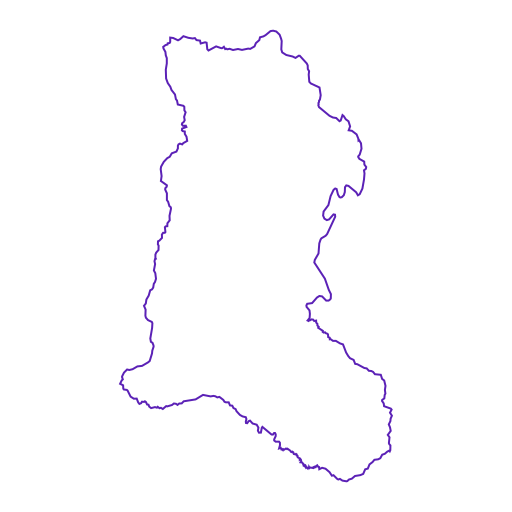 Chom Thong, Chiang Mai, Thailand (Equal Earth projection)
{"feature_id": "78962969B36039472825414", "entity_name": "Chom Thong", "entity_type": "district", "adm_level": 2, "iso_a3": "THA", "parent_name": "Thailand", "parent_adm1": "Chiang Mai", "projection": "equal_earth", "projection_center": [98.623, 18.375], "detail": "fine", "context": "isolated", "style": "outline", "palette": "violet", "viewbox_px": 512, "rotation_deg": 0, "n_neighbors": 0, "source": "geoboundaries", "source_scale": "gbopen_adm2", "svg_char_len": 6052}
<svg xmlns="http://www.w3.org/2000/svg" viewBox="0 0 512 512"><path d="M318.5,253.5L319.3,243.3L320.6,239.5L321.4,238.3L325.6,235.8L327.1,234.1L335.2,216.7L335.0,214.7L333.5,214.4L329.1,219.4L326.8,220.1L324.4,218.6L323.1,215.6L323.6,211.5L328.4,205.1L330.6,196.1L333.6,189.8L335.2,188.5L336.6,189.0L338.0,194.6L339.5,197.1L340.4,197.5L341.8,197.2L343.8,195.2L344.8,192.1L345.0,187.2L346.3,185.4L348.5,185.9L356.2,192.3L357.9,195.3L359.7,194.2L362.4,188.6L364.0,179.5L364.5,173.5L364.0,170.3L365.9,168.8L366.2,167.0L364.4,164.6L364.2,161.6L359.4,158.9L358.3,157.2L358.2,156.4L359.7,154.6L361.5,148.7L361.0,143.3L359.1,140.2L358.5,140.6L358.3,138.6L356.6,134.4L351.9,130.8L348.7,130.3L350.1,126.4L348.5,121.3L345.8,119.3L343.7,116.1L342.5,115.1L340.7,120.5L339.5,121.2L336.2,118.0L332.9,117.5L329.5,115.8L319.0,107.1L318.3,105.1L318.7,104.2L318.4,103.1L319.0,102.0L319.1,100.5L319.9,99.7L320.7,95.2L319.5,87.5L310.9,83.5L309.3,81.8L308.7,74.6L309.1,71.2L307.8,69.0L307.7,65.4L306.8,63.5L299.8,55.8L298.8,55.7L295.5,57.9L292.6,56.5L286.3,55.0L282.2,52.4L281.3,49.4L281.7,41.0L281.1,38.7L279.6,34.7L276.3,31.5L273.1,30.7L270.5,31.1L265.5,35.2L263.4,36.4L260.0,37.3L259.3,40.1L255.9,43.1L254.5,46.4L250.2,48.9L248.2,48.6L242.0,49.9L238.0,49.0L233.0,50.0L229.6,48.8L227.3,49.3L226.2,48.7L225.2,49.1L223.9,46.8L222.3,48.1L221.3,48.2L216.1,46.4L208.5,50.5L207.3,49.2L206.6,42.7L205.1,42.3L200.7,43.5L200.0,40.6L196.5,40.1L194.9,38.1L192.7,38.5L188.3,37.8L183.4,36.2L180.2,39.1L178.0,40.3L173.2,38.0L170.2,37.6L170.2,41.9L169.6,43.0L167.7,43.3L167.5,44.5L165.5,45.1L163.2,46.9L163.5,48.5L165.4,51.9L165.8,55.4L166.8,58.1L166.8,63.4L165.8,69.7L166.1,78.5L167.8,83.1L170.3,86.7L171.5,90.0L175.0,94.5L175.9,99.2L177.0,100.5L177.8,104.5L183.4,105.8L184.3,106.8L184.4,110.4L185.6,112.3L184.1,116.9L184.7,120.2L183.8,121.9L182.1,123.3L181.9,124.6L183.0,125.8L185.8,125.7L186.4,127.0L182.1,128.6L181.9,130.3L182.7,131.1L184.8,131.5L184.8,133.9L186.5,136.7L187.2,140.9L183.3,143.1L182.2,144.4L179.9,143.6L178.5,144.4L177.9,145.7L177.9,148.4L176.4,151.6L171.8,153.3L169.7,156.8L167.3,158.1L163.8,161.8L161.1,166.6L160.7,169.1L161.6,176.1L160.9,181.0L166.9,185.3L166.7,186.7L165.3,188.2L165.2,189.6L166.9,193.3L166.9,200.1L168.1,201.7L169.4,206.1L170.8,207.3L171.0,208.7L169.5,215.8L169.7,220.3L167.4,223.3L167.3,226.2L165.6,226.4L164.9,227.2L165.4,232.1L164.8,232.8L163.1,232.8L161.9,234.6L162.0,237.9L159.3,240.7L158.0,241.3L157.9,244.4L158.6,245.6L158.5,250.0L156.2,252.6L155.4,254.6L155.4,257.8L155.8,258.7L155.1,258.9L154.5,261.2L155.1,264.1L153.9,270.5L155.3,273.2L156.0,278.8L155.0,282.0L153.8,283.8L153.2,287.6L152.0,289.4L150.2,290.3L148.7,295.6L146.4,299.5L145.8,303.5L144.0,305.8L145.6,309.6L145.4,315.7L145.9,317.7L148.0,320.1L151.8,321.9L152.4,323.2L152.1,328.0L150.3,338.5L150.9,341.8L152.5,342.8L153.5,345.4L153.6,346.7L152.3,350.6L152.0,353.5L149.7,361.0L148.0,362.4L142.0,365.9L137.4,366.4L132.6,369.2L129.3,370.0L127.1,369.5L124.0,372.6L122.3,376.0L122.0,376.9L122.8,379.4L121.7,380.4L120.1,383.8L123.1,385.3L123.3,388.7L123.9,389.5L126.8,389.9L127.6,390.6L130.6,396.6L133.8,398.7L136.7,398.6L138.2,402.4L139.4,403.9L141.1,403.2L142.0,401.7L144.2,401.9L144.9,401.3L145.9,402.0L147.1,404.5L148.5,404.7L149.2,406.6L151.1,408.1L155.0,407.1L156.9,407.7L157.7,406.8L159.5,408.2L160.9,407.8L162.8,409.0L166.2,406.1L167.2,406.4L172.0,405.0L173.9,403.5L176.0,403.8L177.5,404.9L179.2,403.5L181.7,403.4L183.7,401.3L195.6,399.4L203.0,394.9L210.6,396.4L213.5,395.9L215.4,396.3L217.3,397.4L219.4,396.9L223.3,399.9L224.5,401.8L225.8,402.3L228.7,402.3L230.0,405.4L232.3,405.7L233.5,408.1L235.6,409.1L236.5,411.2L239.9,414.9L242.5,416.4L245.8,417.2L246.4,419.0L245.8,421.7L246.0,423.0L247.2,423.2L248.6,421.2L250.0,420.6L252.6,423.5L256.7,424.7L258.4,427.6L257.9,430.7L259.0,432.7L260.9,432.6L261.8,427.8L262.4,426.9L271.5,434.5L272.9,434.6L274.1,433.0L275.0,433.0L275.7,434.3L275.7,436.1L274.2,439.3L274.2,440.5L275.7,441.7L279.1,441.7L279.9,442.7L280.0,445.1L279.1,448.4L280.7,447.8L281.4,449.4L281.9,449.1L282.9,450.1L283.3,449.2L284.1,449.7L286.0,448.5L287.0,449.1L287.5,448.7L290.4,450.8L290.9,451.8L292.0,452.2L292.4,451.7L293.3,452.3L293.8,454.0L295.4,454.4L296.0,453.9L296.7,454.4L296.8,455.6L297.5,455.8L297.7,457.3L299.6,458.3L299.7,459.6L300.4,459.0L301.0,459.9L301.2,461.4L300.6,462.3L302.1,462.5L303.2,463.8L303.2,464.5L303.8,464.6L303.8,465.6L305.0,465.3L304.9,466.2L305.7,466.3L305.4,466.9L305.8,467.5L306.1,466.9L307.8,468.5L308.1,467.7L309.0,468.0L309.1,467.1L309.6,468.0L310.2,467.5L313.5,468.1L313.9,467.8L313.6,467.1L314.8,466.6L315.1,467.3L315.7,467.2L315.8,466.5L317.2,465.3L318.4,467.0L319.1,467.1L319.3,469.2L322.1,467.8L325.5,468.7L329.5,472.1L331.9,475.7L333.5,475.2L337.3,479.0L338.3,479.5L339.9,478.9L342.4,480.6L346.5,481.3L347.3,481.1L349.0,479.5L351.8,478.7L355.0,476.0L360.4,475.1L363.2,473.9L365.2,469.3L367.8,468.6L369.5,464.4L372.5,462.1L374.4,459.8L378.2,459.3L380.3,458.2L382.2,454.7L384.8,453.8L387.3,451.6L389.3,450.6L389.8,451.3L390.3,450.2L390.4,445.4L389.3,444.2L388.9,443.1L389.5,437.3L387.8,434.9L390.7,430.9L390.0,427.3L388.8,424.4L390.4,421.1L390.6,418.7L391.9,415.7L390.0,412.7L391.6,409.6L390.8,408.6L384.1,406.2L383.7,403.4L382.0,400.9L382.2,399.9L384.3,398.4L384.7,394.9L385.4,393.6L384.9,389.9L385.5,385.9L384.2,380.5L382.1,378.9L380.8,374.8L374.9,374.2L373.1,371.9L371.3,371.0L368.9,370.8L366.7,368.4L364.3,368.0L357.3,364.2L355.2,363.9L353.6,359.9L350.0,358.2L348.2,356.0L346.1,352.5L343.0,344.4L340.0,343.4L335.9,340.9L333.0,340.9L330.4,339.0L329.8,339.2L329.7,337.7L328.2,337.1L328.0,334.5L327.5,333.8L325.8,333.2L325.0,332.3L323.7,332.6L322.7,331.9L322.9,330.9L318.2,327.8L318.7,326.8L317.4,325.5L317.4,323.9L316.2,322.6L316.1,320.6L314.2,321.0L313.1,319.6L311.5,319.4L310.2,320.2L309.6,319.8L308.6,321.0L307.6,320.5L309.6,318.0L309.9,313.9L309.5,310.4L306.6,306.9L306.4,305.4L307.2,303.8L312.1,303.1L317.0,297.5L319.4,296.0L322.1,296.4L326.2,300.6L328.6,300.6L330.3,299.3L330.8,298.3L330.9,294.1L328.8,289.9L324.9,278.7L314.3,262.5L314.8,259.9L318.5,253.5Z" fill="none" stroke="#5b21b6" stroke-width="2"/></svg>